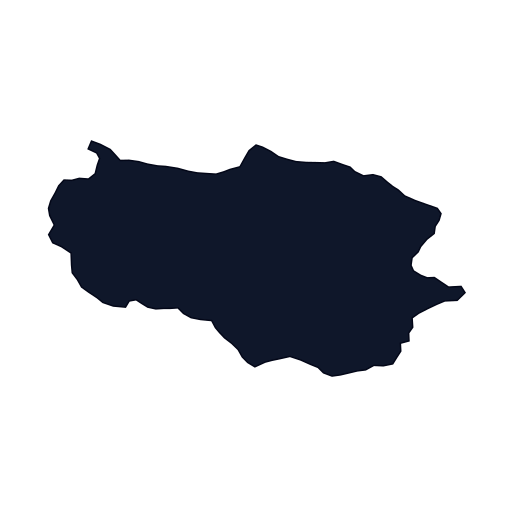 the district of São Geraldo da Piedade, Minas Gerais, Brazil, rotated 278°
{"feature_id": "56859067B84710447672664", "entity_name": "São Geraldo da Piedade", "entity_type": "district", "adm_level": 2, "iso_a3": "BRA", "parent_name": "Brazil", "parent_adm1": "Minas Gerais", "projection": "natural_earth1", "projection_center": [-42.309, -18.896], "detail": "fine", "context": "isolated", "style": "filled", "palette": "ink", "viewbox_px": 512, "rotation_deg": 278, "n_neighbors": 0, "source": "geoboundaries", "source_scale": "gbopen_adm2", "svg_char_len": 1788}
<svg xmlns="http://www.w3.org/2000/svg" viewBox="0 0 512 512"><g transform="rotate(278 256 256)"><path d="M323.7,433.3L328.4,428.9L330.9,416.3L333.1,405.7L336.2,394.8L341.1,387.8L343.9,381.6L347.4,375.7L351.8,368.9L352.8,360.5L350.3,351.3L353.3,342.0L357.1,336.8L358.4,329.7L360.5,319.8L357.8,311.3L356.8,302.5L355.6,292.8L355.0,282.4L356.1,273.2L357.5,264.4L361.6,256.2L364.7,247.3L365.9,240.6L359.4,234.5L351.8,231.4L342.1,227.7L338.1,218.2L334.9,212.5L331.5,205.1L330.9,197.4L330.1,186.3L330.5,177.1L331.9,166.3L332.1,154.0L331.5,146.0L331.9,135.6L333.1,126.7L333.1,116.9L331.7,108.2L336.1,103.0L341.2,96.8L344.9,86.2L346.9,77.1L338.7,74.9L335.9,83.9L330.9,87.6L323.9,86.2L315.1,85.3L308.9,79.4L308.3,70.2L305.3,63.1L304.5,55.3L298.1,50.9L290.5,48.4L282.1,45.1L274.3,43.9L267.3,46.1L258.6,52.0L248.3,47.7L240.8,52.9L238.2,62.0L233.2,72.5L221.4,74.6L213.8,76.4L207.8,82.4L201.0,87.6L197.0,95.2L192.5,104.6L188.7,110.8L186.6,121.6L187.2,133.9L193.8,136.7L196.0,143.4L193.2,149.3L190.3,155.9L189.7,164.1L191.2,171.5L192.2,178.3L193.8,185.9L189.0,192.2L185.9,200.3L185.4,209.7L185.9,221.1L179.4,225.8L175.0,230.7L170.6,236.2L166.2,244.0L160.9,251.3L154.1,256.5L149.4,262.6L146.1,270.3L152.2,279.8L155.0,286.5L157.5,293.5L161.3,303.6L159.3,314.6L156.3,325.0L154.3,333.0L149.7,339.1L147.7,348.0L150.0,356.1L153.1,364.1L156.3,372.2L158.5,380.4L164.1,387.9L165.0,397.4L168.2,406.4L175.0,409.4L181.9,412.6L189.7,411.1L193.2,419.3L201.0,417.9L207.2,421.1L216.4,419.2L222.0,425.1L227.8,433.3L233.4,441.8L237.8,449.2L240.1,461.4L248.8,468.1L254.4,463.3L252.0,451.0L256.1,442.5L259.5,435.6L258.2,428.6L259.8,421.8L263.2,414.0L268.3,410.8L276.0,410.8L282.6,416.0L288.3,417.8L296.4,422.9L303.1,429.3L310.3,429.3L316.8,432.3L323.7,433.3Z" fill="#0f172a" stroke="#020617" stroke-width="1.5"/></g></svg>